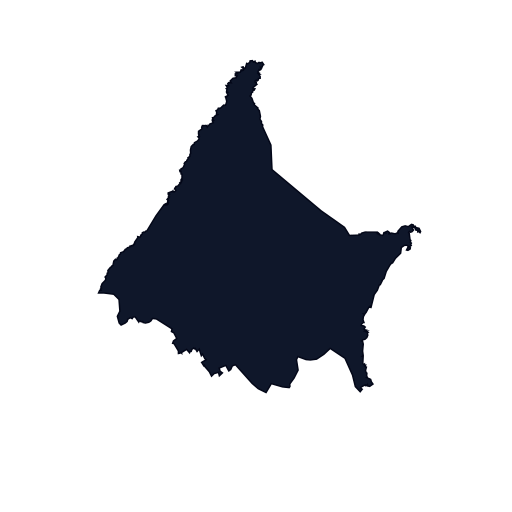 Lanao del Sur, Lanao del Sur, Philippines (Natural Earth projection), rotated 239°
{"feature_id": "2640588B65127685102762", "entity_name": "Lanao del Sur", "entity_type": "district", "adm_level": 2, "iso_a3": "PHL", "parent_name": "Philippines", "parent_adm1": "Lanao del Sur", "projection": "natural_earth1", "projection_center": [124.133, 7.782], "detail": "fine", "context": "isolated", "style": "filled", "palette": "ink", "viewbox_px": 512, "rotation_deg": 239, "n_neighbors": 0, "source": "geoboundaries", "source_scale": "gbopen_adm2", "svg_char_len": 6151}
<svg xmlns="http://www.w3.org/2000/svg" viewBox="0 0 512 512"><g transform="rotate(239 256 256)"><path d="M311.6,109.9L309.3,107.0L308.1,107.1L307.8,105.7L306.5,105.6L307.0,104.3L305.4,102.0L302.4,106.9L296.5,114.4L289.3,116.2L278.8,110.9L275.7,106.1L269.0,104.2L266.3,104.8L265.9,109.3L266.3,111.8L267.8,113.5L267.9,116.4L266.1,117.6L267.0,119.3L266.0,121.1L259.8,121.5L260.3,122.2L259.9,123.3L258.7,123.7L258.2,125.2L257.2,124.9L255.5,126.7L254.4,130.0L254.5,132.4L255.8,135.1L253.4,138.2L236.8,146.5L234.8,144.6L232.5,146.0L226.1,145.6L225.7,141.5L224.1,139.6L223.2,140.6L214.6,140.6L212.4,139.3L211.8,140.9L212.1,141.9L211.0,142.2L211.6,142.5L211.7,148.4L207.3,149.2L208.0,150.0L207.6,151.3L209.0,153.0L209.2,155.2L208.1,155.4L208.1,156.3L204.5,156.3L205.5,159.4L198.7,157.8L199.5,159.7L194.7,159.3L192.8,159.9L192.8,154.6L188.7,154.7L188.9,155.6L187.7,155.2L180.8,156.4L175.9,156.0L176.8,159.6L175.6,163.9L172.2,162.9L173.1,167.0L175.7,165.9L178.9,166.7L177.8,173.8L171.5,173.5L171.7,175.8L174.0,179.1L173.4,182.4L148.7,187.1L141.1,189.6L133.8,194.3L138.7,203.4L130.2,211.3L126.1,216.7L126.7,217.9L128.9,219.0L131.8,225.8L136.5,233.3L146.3,237.3L148.2,240.1L141.4,245.6L138.9,249.1L136.4,254.8L136.8,263.6L138.6,272.0L122.5,279.6L104.2,277.4L92.9,273.9L86.0,275.4L87.1,278.4L89.0,277.6L89.5,279.0L89.3,283.2L88.5,283.1L88.4,284.2L87.8,284.3L88.3,285.3L87.0,284.9L85.7,286.3L86.0,290.3L88.7,290.1L91.2,290.7L94.9,288.2L94.9,288.9L96.4,289.2L98.5,290.7L99.4,290.3L101.6,291.0L103.9,293.4L105.0,292.6L106.0,293.7L106.3,292.7L107.5,293.3L107.4,292.5L108.9,292.2L115.0,296.3L115.4,295.4L115.9,296.8L119.6,298.4L125.2,302.5L127.9,303.4L129.2,302.0L128.5,303.1L129.2,304.2L128.5,306.5L129.0,309.0L130.5,311.0L132.8,311.9L132.8,312.5L134.1,311.5L134.2,312.8L135.6,310.7L135.8,312.2L136.5,311.4L137.6,311.4L137.7,310.1L138.8,313.0L140.5,312.4L142.2,310.4L143.4,311.6L143.7,313.7L144.4,313.1L143.5,314.3L146.3,314.9L148.7,316.8L149.8,318.7L150.7,318.5L150.1,319.2L151.0,321.1L151.7,320.9L151.0,321.4L154.0,326.4L152.9,327.8L154.9,328.1L153.2,328.6L161.3,336.7L161.3,335.7L164.2,342.4L167.7,346.8L167.4,347.7L170.2,352.1L169.9,351.5L170.3,351.5L170.8,354.2L175.7,359.7L179.2,366.0L180.2,368.9L179.7,369.4L182.2,374.3L183.9,381.4L188.4,384.9L188.7,388.6L187.6,390.8L185.7,391.5L183.6,388.1L182.6,389.1L182.6,391.7L183.6,392.6L184.8,392.2L185.1,394.5L186.2,394.4L187.0,395.8L188.4,395.4L189.6,396.7L190.6,396.4L196.5,399.0L197.8,399.0L198.2,400.1L196.8,400.7L196.5,402.2L197.1,404.3L200.7,404.5L198.7,406.7L196.0,406.3L194.5,407.9L193.4,407.1L193.1,408.1L191.5,408.6L192.2,409.7L195.8,410.0L198.1,407.6L199.4,407.9L200.2,406.6L201.7,406.8L203.0,405.6L202.7,401.6L205.0,399.4L205.9,396.0L204.1,390.4L202.4,389.4L203.1,388.8L203.3,386.7L205.9,383.9L206.5,381.4L207.0,381.8L206.4,382.2L207.3,382.5L209.6,381.6L209.9,379.0L208.9,379.0L210.1,377.6L208.6,376.0L208.5,375.0L210.8,372.7L211.4,373.2L212.3,372.0L212.8,372.8L213.9,372.3L213.8,371.6L214.3,371.7L220.3,361.8L221.2,358.3L220.6,356.4L221.7,355.7L220.9,354.9L225.5,346.7L235.0,346.6L261.1,335.1L321.8,314.2L343.4,325.9L363.5,328.2L364.8,329.3L366.8,328.9L368.5,330.0L371.3,329.8L373.3,331.7L378.9,333.7L381.4,333.1L381.8,333.9L386.7,332.3L387.5,333.3L388.6,332.7L393.2,333.7L396.2,333.3L396.5,334.7L398.3,336.3L398.2,337.5L399.6,338.7L399.1,339.9L399.9,341.1L400.8,339.6L401.8,339.8L402.7,345.2L403.3,344.9L404.6,345.6L405.4,344.8L406.5,345.4L406.6,346.8L405.5,346.9L405.7,348.6L406.9,349.5L406.2,351.1L407.7,352.0L410.2,351.9L409.9,352.8L411.5,351.9L411.4,352.8L412.2,352.3L413.2,352.8L413.3,354.1L414.2,354.6L413.3,355.5L413.4,356.3L414.1,356.3L414.1,357.3L415.5,357.1L414.8,358.7L416.0,359.9L416.0,361.2L418.9,361.1L419.5,358.8L420.4,358.3L420.3,356.4L422.2,355.1L423.5,355.5L423.6,353.6L425.3,353.6L426.3,351.4L425.1,350.3L425.1,347.8L425.9,347.2L422.7,343.8L423.1,342.4L424.8,342.4L425.1,341.1L422.4,341.9L421.7,340.9L422.0,339.6L422.7,340.0L423.2,339.1L421.6,337.2L423.8,333.5L421.9,334.0L422.8,332.1L421.2,331.1L420.1,332.6L419.0,330.8L420.2,327.8L419.3,324.0L417.2,324.0L418.7,321.9L418.2,320.5L416.1,320.3L417.5,318.2L414.9,318.3L414.8,316.7L413.8,317.0L412.2,315.5L410.9,316.2L411.1,315.0L408.0,314.9L408.3,311.2L407.4,312.7L406.8,311.5L403.7,310.6L402.2,309.1L401.0,307.5L402.0,306.0L401.0,301.6L402.1,299.8L401.0,298.3L401.2,296.6L399.1,296.2L397.8,295.0L397.0,295.8L397.1,292.5L396.4,291.3L396.9,290.0L395.4,289.8L395.6,289.0L395.1,288.7L394.1,289.3L394.3,288.2L392.3,288.0L392.9,284.4L391.5,280.6L393.1,281.1L393.0,280.3L393.8,280.1L394.7,278.1L395.3,278.5L394.9,277.8L395.4,277.2L394.3,275.7L392.8,275.2L392.5,271.0L390.1,269.5L389.3,269.7L389.0,269.1L388.0,269.2L388.1,267.6L386.8,268.0L385.6,267.4L384.7,265.1L384.8,261.6L383.5,260.5L383.9,259.7L383.2,256.9L380.6,254.4L377.5,252.8L377.2,251.8L375.5,250.6L375.2,248.2L374.4,248.2L373.7,246.1L372.7,245.1L373.1,244.0L372.3,242.1L371.3,242.0L369.5,239.4L369.1,238.1L369.4,236.8L368.5,235.9L368.9,234.8L367.4,234.3L366.9,235.1L364.9,234.0L364.2,234.7L360.6,232.5L360.3,231.6L359.8,231.9L359.6,230.8L358.5,231.3L358.4,230.3L357.8,230.0L358.2,229.4L358.0,228.4L356.9,228.6L357.1,227.5L356.2,224.9L356.8,223.1L356.2,222.8L356.0,221.3L355.4,220.7L355.1,221.3L353.3,221.0L353.0,219.1L354.4,218.4L353.8,218.0L354.6,217.1L355.3,213.2L354.6,212.8L354.3,213.5L353.7,212.7L353.2,213.4L351.9,211.4L351.2,211.1L350.9,211.7L350.1,210.1L350.7,210.0L350.3,208.9L348.7,209.6L348.6,208.7L347.3,208.5L347.7,207.9L347.2,207.4L347.1,208.4L346.4,207.9L346.7,207.2L345.9,207.4L345.6,206.2L346.2,205.0L346.6,205.9L347.3,205.5L347.3,203.6L342.0,191.1L333.7,175.4L334.1,174.3L333.6,172.6L334.3,172.2L334.5,170.6L333.2,169.5L333.2,167.9L332.6,167.9L331.9,166.3L333.5,164.6L332.7,164.3L330.3,159.0L328.8,158.2L329.1,157.4L328.5,157.1L328.8,156.4L328.2,155.8L329.1,154.5L328.7,153.7L329.4,153.2L328.7,152.2L329.3,150.0L328.6,148.2L329.1,147.6L327.9,144.7L328.5,141.6L327.4,140.6L327.5,139.6L325.6,137.0L325.6,135.9L324.8,135.7L324.5,134.6L325.6,133.9L324.9,131.5L321.6,128.5L321.7,127.2L321.0,126.4L321.3,125.5L319.9,121.6L317.8,120.6L317.9,119.6L316.5,118.7L315.7,115.8L314.2,115.8L312.8,114.5L311.6,109.9Z" fill="#0f172a" stroke="#020617" stroke-width="1.5"/></g></svg>